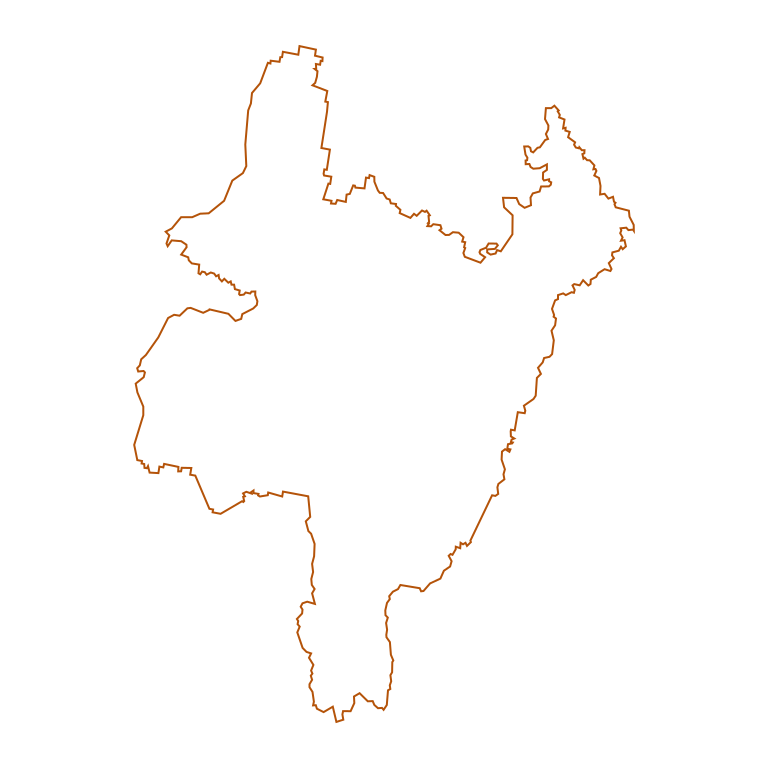 Queanbeyan-Palerang, New South Wales, Australia (Equal Earth projection)
{"feature_id": "25037944B93129192801754", "entity_name": "Queanbeyan-Palerang", "entity_type": "district", "adm_level": 2, "iso_a3": "AUS", "parent_name": "Australia", "parent_adm1": "New South Wales", "projection": "equal_earth", "projection_center": [149.699, -35.456], "detail": "fine", "context": "isolated", "style": "outline", "palette": "amber", "viewbox_px": 768, "rotation_deg": 0, "n_neighbors": 0, "source": "geoboundaries", "source_scale": "gbopen_adm2", "svg_char_len": 6102}
<svg xmlns="http://www.w3.org/2000/svg" viewBox="0 0 768 768"><path d="M524.7,413.2L525.3,410.7L523.9,405.7L533.5,399.0L535.7,395.7L536.9,377.9L540.9,373.9L538.0,367.8L542.7,362.4L544.1,358.0L549.5,356.8L552.1,354.1L553.8,340.3L551.5,330.7L555.1,325.3L556.0,318.5L553.6,316.7L554.1,315.0L552.0,308.9L555.1,300.4L558.0,299.1L558.0,295.1L563.2,293.4L565.8,295.1L571.6,292.2L573.9,292.8L574.7,289.9L572.5,285.4L574.2,284.1L579.7,285.3L583.1,280.2L588.3,285.5L590.5,284.0L590.8,279.7L596.2,276.9L598.2,273.2L604.6,269.2L610.4,271.0L611.5,269.0L608.8,263.1L613.9,258.2L612.0,255.3L612.4,252.4L618.8,250.7L621.0,246.8L622.7,249.2L625.9,246.4L624.5,240.2L621.0,240.7L622.6,237.4L620.2,233.2L621.3,230.5L620.6,228.3L626.3,227.7L628.4,230.1L633.0,229.6L633.8,230.8L633.7,224.9L629.5,216.7L628.9,210.7L615.7,207.3L614.5,204.2L615.5,202.8L614.0,201.7L613.0,196.8L608.4,198.6L604.6,193.8L600.1,194.5L600.5,185.9L599.0,178.0L594.3,175.5L596.4,170.9L595.5,169.0L593.4,169.3L594.4,165.4L589.7,160.3L587.1,160.2L584.8,157.7L583.5,158.7L582.4,154.1L584.3,153.3L584.5,150.2L581.8,150.2L579.3,147.2L578.9,148.3L575.8,147.5L574.1,144.7L575.1,142.3L568.1,137.2L569.7,131.9L565.4,130.6L565.6,127.8L563.1,128.4L564.5,119.5L559.1,117.4L559.8,114.9L557.7,111.3L558.7,110.5L554.4,105.7L551.3,108.1L545.9,108.1L545.0,119.1L548.4,125.5L548.2,129.5L545.9,134.0L548.0,139.0L545.2,140.0L539.9,147.3L537.5,147.8L533.2,152.4L531.0,151.3L530.3,147.8L528.3,146.4L524.2,146.5L525.5,154.6L527.4,157.7L527.1,160.2L525.6,160.5L525.7,164.2L529.4,164.0L530.6,167.0L533.3,168.7L539.7,168.2L546.9,164.4L546.9,169.9L543.1,172.5L542.9,178.9L544.0,180.5L549.1,179.3L549.1,181.3L551.2,182.3L550.8,184.7L548.9,186.4L541.1,186.5L539.6,191.5L532.8,193.4L530.5,197.6L531.0,205.2L524.6,207.8L519.2,204.1L516.5,198.0L503.0,197.8L504.1,207.3L512.6,215.3L512.4,234.3L500.8,251.3L497.1,250.1L495.6,253.5L490.6,254.6L487.2,252.4L487.2,249.4L494.9,248.9L497.8,245.3L496.5,243.6L488.6,243.5L486.1,247.7L480.4,250.0L479.5,252.2L480.2,253.9L485.1,257.2L480.5,262.7L464.8,256.8L463.4,253.0L465.2,248.0L464.1,247.3L465.2,242.2L462.2,241.6L463.5,237.2L458.7,232.7L452.9,232.2L449.1,234.9L445.5,235.0L439.5,230.2L441.5,228.7L440.4,225.2L433.3,224.2L431.1,226.3L427.4,226.1L428.9,223.5L428.0,223.1L429.1,221.9L428.5,215.9L429.8,215.3L426.6,210.7L425.0,211.9L422.0,210.5L416.7,215.8L414.0,213.8L410.4,217.9L399.7,213.1L400.4,209.8L395.8,205.8L396.0,204.0L390.8,203.3L389.7,199.5L386.6,198.5L383.1,193.0L379.7,192.8L377.9,190.4L374.4,181.7L374.3,176.8L369.6,175.1L369.0,178.1L366.0,177.6L364.5,188.4L355.4,187.6L354.9,185.7L353.2,185.4L349.8,193.9L346.6,194.6L345.8,201.9L337.2,200.0L335.6,203.8L331.0,203.5L331.5,200.8L323.3,199.3L328.4,183.6L330.2,183.9L331.3,176.7L324.1,175.5L323.6,173.8L324.3,169.4L326.8,169.8L329.9,149.6L321.4,148.0L327.0,111.8L327.9,102.1L325.3,101.6L327.3,91.0L312.5,85.3L315.2,82.9L316.9,76.8L317.5,71.2L314.6,68.9L316.2,68.7L315.9,64.0L320.1,64.7L320.7,60.8L322.4,61.1L322.6,57.5L315.0,55.7L315.9,49.6L299.5,46.1L298.3,54.7L282.9,51.8L282.1,57.1L280.3,57.2L279.5,61.8L270.7,60.7L270.4,63.5L267.9,62.8L260.2,83.3L252.0,93.0L250.9,103.5L248.2,110.4L245.3,144.5L246.3,166.1L242.9,173.1L232.3,180.6L224.1,200.8L208.7,213.3L200.2,213.7L192.2,217.2L181.1,217.2L171.9,228.4L165.7,231.7L169.3,235.4L166.5,243.5L167.7,246.2L171.7,240.4L181.2,241.2L186.4,244.7L186.6,247.2L181.2,254.6L188.2,257.3L188.8,260.3L191.8,263.4L199.2,264.6L198.5,273.3L200.2,274.3L202.1,271.6L204.8,272.2L206.6,274.7L210.8,272.5L214.2,273.6L216.1,276.3L218.6,275.0L219.1,278.4L221.9,281.4L224.3,278.8L228.3,282.7L230.7,281.4L231.5,284.7L234.1,284.7L234.9,289.1L239.7,290.5L239.1,294.1L240.0,295.1L243.8,294.6L245.6,292.5L250.2,293.5L251.5,291.6L255.3,291.5L255.2,295.2L257.4,301.2L256.8,305.0L253.2,308.5L242.3,314.1L241.2,318.9L235.4,320.9L228.4,313.8L208.7,309.2L209.5,309.8L203.2,312.8L190.7,307.9L187.4,308.3L179.6,315.7L174.1,314.8L168.1,318.0L158.3,337.4L145.9,355.0L141.2,359.3L139.8,365.4L137.2,368.2L138.2,371.5L143.6,371.0L144.9,372.4L143.7,377.2L135.7,383.6L137.4,392.4L143.3,406.6L143.3,415.2L134.2,444.9L137.3,460.1L142.0,461.0L141.6,463.5L144.2,464.0L144.5,467.9L146.9,468.2L148.0,466.1L149.6,472.6L158.4,473.1L159.4,466.6L163.3,467.4L164.1,463.9L178.4,466.9L178.2,471.4L181.1,471.3L181.7,467.8L191.3,468.0L190.2,474.7L195.3,475.6L209.4,508.8L213.1,509.5L212.6,512.3L220.6,513.8L242.1,501.2L243.3,502.0L244.2,501.1L243.2,496.8L244.9,496.3L243.1,493.4L246.3,491.8L251.4,493.5L250.9,492.3L253.5,490.5L253.5,493.1L258.5,493.9L258.1,495.4L259.9,496.5L267.8,495.2L268.2,492.5L282.2,496.5L283.0,491.6L308.2,496.3L310.2,516.9L305.8,521.3L308.4,531.1L311.1,533.7L314.6,543.9L314.1,556.3L312.1,563.9L313.1,572.0L311.3,579.0L311.8,584.9L314.6,589.0L312.1,593.3L314.9,603.9L307.2,601.7L302.5,603.3L300.7,606.7L302.5,609.6L302.1,613.5L296.9,619.0L298.2,621.0L297.6,624.2L299.7,626.6L297.3,632.4L302.6,647.9L306.5,651.9L311.1,653.4L309.0,657.8L313.4,664.9L311.1,670.6L312.4,673.6L310.8,675.7L312.1,679.8L309.5,684.2L309.5,687.2L312.5,691.9L313.9,701.7L313.1,705.4L315.8,705.2L316.9,708.7L323.6,712.1L332.8,706.7L336.4,721.9L343.3,719.7L342.4,714.4L343.1,711.1L350.6,711.2L354.3,703.1L354.0,696.5L359.6,693.2L367.8,701.3L372.7,701.1L374.3,704.9L378.0,708.2L382.0,707.9L383.6,709.8L386.8,705.0L388.0,690.3L390.3,689.0L389.8,685.3L391.2,681.3L390.4,675.2L392.1,672.3L392.3,662.1L393.3,660.5L390.9,654.8L389.9,642.1L386.5,637.3L386.3,634.8L387.1,629.7L386.1,623.0L387.8,617.6L385.5,615.2L385.3,610.4L387.0,602.9L389.8,599.1L389.2,596.2L392.9,591.7L398.0,589.1L400.4,585.0L419.7,588.2L421.1,591.3L423.5,591.0L430.1,583.4L440.4,578.6L443.9,570.7L450.1,566.5L451.6,561.2L448.7,555.8L450.6,554.0L452.5,554.8L455.7,549.3L455.8,546.7L460.2,548.2L460.6,542.8L463.0,544.3L465.5,542.8L467.0,545.9L470.9,542.1L470.4,540.6L492.1,495.3L495.4,495.9L498.2,493.9L497.4,487.3L498.4,483.9L504.4,479.3L503.5,474.3L504.9,469.3L501.6,459.6L502.0,451.6L505.1,449.2L509.4,451.8L510.4,449.4L507.3,448.7L508.0,444.2L512.2,443.4L512.8,442.5L510.9,442.1L511.6,439.6L514.3,438.5L510.9,436.4L510.7,431.3L511.0,429.7L514.7,430.4L517.8,412.2L524.7,413.2Z" fill="none" stroke="#b45309" stroke-width="2"/></svg>